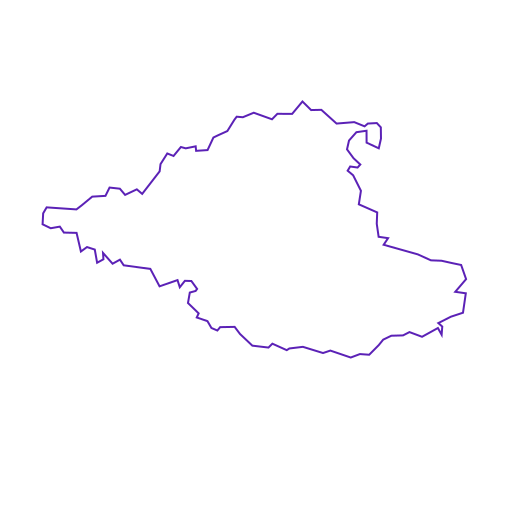 Hormigueros, Puerto Rico (Albers equal-area conic projection), rotated 340°
{"feature_id": "32010507B56909324713626", "entity_name": "Hormigueros", "entity_type": "district", "adm_level": 2, "iso_a3": "PRI", "parent_name": "Puerto Rico", "parent_adm1": "", "projection": "albers", "projection_center": [-67.115, 18.132], "detail": "fine", "context": "isolated", "style": "outline", "palette": "violet", "viewbox_px": 512, "rotation_deg": 340, "n_neighbors": 0, "source": "geoboundaries", "source_scale": "gbopen_adm2", "svg_char_len": 1634}
<svg xmlns="http://www.w3.org/2000/svg" viewBox="0 0 512 512"><g transform="rotate(340 256 256)"><path d="M340.9,381.7L346.9,378.1L355.9,377.2L367.0,380.9L374.2,380.0L384.4,388.7L402.3,385.9L403.5,393.5L406.9,386.0L404.4,381.4L418.4,379.7L431.1,380.1L440.4,362.8L431.0,357.8L445.5,349.6L445.7,334.6L438.1,329.9L428.7,323.9L418.9,319.9L408.6,309.8L379.8,289.1L386.2,284.4L377.8,279.9L380.5,267.0L384.8,256.5L370.3,242.6L376.9,230.6L374.9,213.4L371.3,207.2L375.1,204.1L381.7,207.6L385.3,205.7L381.1,197.5L378.0,186.9L382.9,179.3L392.7,174.0L402.7,176.1L398.7,187.3L408.2,196.8L413.6,188.4L417.3,177.8L415.0,172.4L406.4,169.8L402.4,171.3L394.1,163.8L377.0,159.1L367.4,141.0L357.7,137.7L352.5,126.7L338.6,134.8L324.7,129.7L317.8,133.0L302.9,120.6L291.1,121.1L285.5,118.5L282.4,120.5L271.8,128.8L261.4,129.6L256.5,130.1L246.7,139.9L235.7,136.7L236.8,132.3L226.8,130.8L222.7,127.9L212.7,133.8L207.7,129.3L197.7,137.0L194.4,143.5L170.3,158.7L166.8,152.6L153.9,153.8L151.1,146.2L141.8,141.6L135.1,148.0L122.4,144.2L109.5,148.8L103.2,150.8L75.9,138.7L70.6,143.1L66.3,153.2L72.6,159.7L81.7,161.3L83.5,168.3L95.3,172.9L93.0,191.9L100.2,189.8L106.7,194.8L104.4,208.0L111.5,206.9L113.3,200.8L118.6,214.2L126.9,212.9L128.5,219.5L152.3,232.0L155.0,251.5L174.0,251.8L173.7,259.3L180.7,255.0L186.7,257.4L189.4,266.8L187.3,268.2L181.3,267.7L176.0,276.9L182.5,290.3L179.3,293.5L188.1,300.6L189.5,308.4L194.2,312.8L198.0,310.6L211.7,315.3L214.3,323.8L221.9,339.0L236.4,346.3L241.4,344.0L252.7,355.0L255.7,354.3L269.0,357.4L285.8,370.1L293.5,370.3L310.3,383.8L320.1,383.7L328.6,387.5L340.9,381.7Z" fill="none" stroke="#5b21b6" stroke-width="2"/></g></svg>